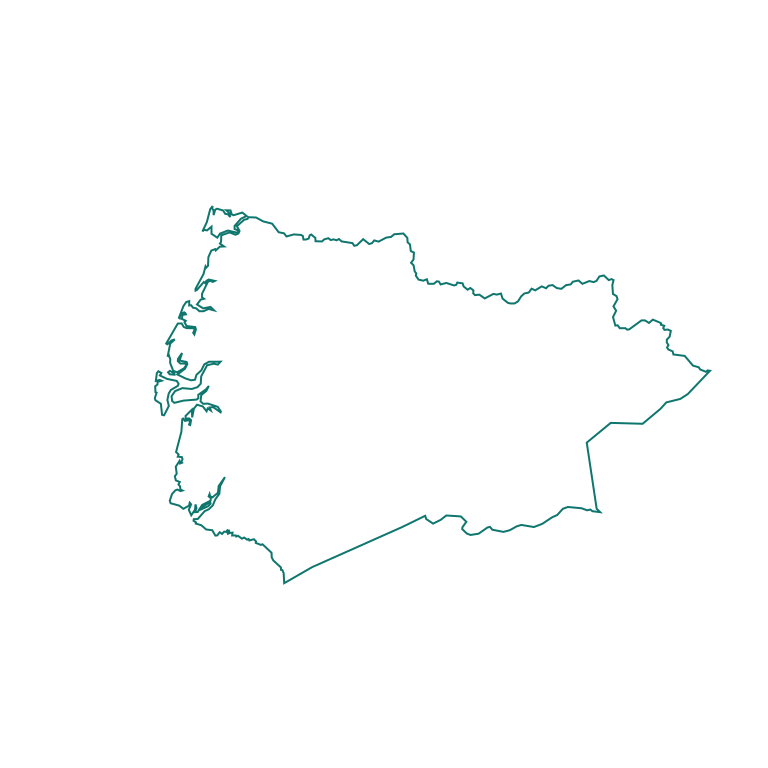 Machanga, Sofala, Mozambique, rotated 222°
{"feature_id": "85939544B66501899539367", "entity_name": "Machanga", "entity_type": "district", "adm_level": 2, "iso_a3": "MOZ", "parent_name": "Mozambique", "parent_adm1": "Sofala", "projection": "equal_earth", "projection_center": [34.711, -20.915], "detail": "fine", "context": "isolated", "style": "outline", "palette": "teal", "viewbox_px": 768, "rotation_deg": 222, "n_neighbors": 0, "source": "geoboundaries", "source_scale": "gbopen_adm2", "svg_char_len": 6170}
<svg xmlns="http://www.w3.org/2000/svg" viewBox="0 0 768 768"><g transform="rotate(222 384 384)"><path d="M324.9,169.2L314.8,200.0L274.9,289.6L265.2,313.6L262.3,311.9L254.1,313.1L251.0,320.9L249.7,328.0L238.3,337.0L230.6,336.7L229.9,330.1L228.8,328.5L222.4,328.3L218.7,329.7L213.5,336.1L211.1,346.6L209.7,348.7L206.0,348.2L196.3,354.0L192.7,359.5L190.1,367.1L187.6,371.2L176.9,378.0L172.8,386.0L169.9,397.4L167.6,402.5L167.6,410.9L165.1,415.6L154.0,423.9L148.6,426.0L146.6,428.8L144.0,428.9L137.6,433.4L142.5,433.6L194.1,476.1L189.5,506.8L165.2,527.5L161.9,550.7L161.9,559.2L153.8,571.2L151.5,579.8L150.6,611.9L152.6,610.6L152.9,608.5L158.6,606.4L161.4,607.0L166.7,604.4L179.3,606.1L188.7,599.6L191.3,601.4L195.8,599.9L198.1,600.5L198.6,603.2L201.6,604.1L203.5,606.2L203.4,610.3L206.4,615.4L209.5,614.4L211.8,611.9L213.9,612.4L214.7,614.8L217.9,613.3L218.6,614.5L220.5,614.1L227.3,611.7L227.9,606.7L232.6,605.9L235.2,603.6L238.3,588.8L239.6,587.1L241.9,587.0L246.2,583.2L249.6,584.0L251.2,582.2L258.6,587.0L260.5,593.8L265.4,595.2L267.2,603.3L270.0,604.9L274.1,604.1L280.5,610.3L282.9,614.8L285.1,614.2L286.5,611.6L293.2,611.8L295.9,608.1L295.1,602.8L296.4,600.0L300.3,597.9L303.6,591.2L308.7,591.1L312.1,586.4L311.9,582.9L314.8,579.4L315.9,573.4L319.8,570.9L324.9,570.3L327.5,567.1L327.6,563.6L332.1,562.1L334.3,554.8L338.1,553.6L337.6,548.9L340.3,545.1L340.7,540.9L339.7,535.1L340.9,531.2L343.7,528.6L346.2,527.2L353.0,526.8L357.6,529.5L359.9,526.0L363.0,524.1L366.4,515.0L372.9,514.2L375.9,510.9L378.4,511.1L380.2,513.4L384.1,513.1L385.0,510.0L390.2,509.8L392.9,511.4L397.4,508.4L396.7,506.0L397.9,504.1L405.3,500.8L408.5,495.9L411.8,496.8L413.5,495.6L414.0,491.8L418.2,488.1L422.2,490.5L424.0,487.0L428.2,484.7L432.8,485.8L434.1,487.8L436.5,488.2L441.4,492.0L445.0,492.2L445.4,496.3L449.7,501.7L453.0,500.7L458.1,505.1L461.3,505.1L464.4,508.2L470.3,508.8L476.6,502.1L477.2,498.0L480.3,494.3L483.3,486.2L487.3,484.2L487.2,480.5L488.7,478.1L496.4,477.7L497.0,468.9L498.6,466.8L501.7,467.6L510.9,461.6L514.5,461.6L515.3,459.2L518.4,457.6L519.9,455.3L522.9,455.1L525.2,451.5L525.5,448.4L530.4,444.3L532.8,446.6L538.1,446.4L538.7,444.8L537.3,441.7L538.7,439.1L540.5,437.5L543.4,439.7L545.5,439.2L551.1,434.8L555.2,428.4L559.1,429.1L563.8,426.3L574.4,428.3L582.6,424.0L590.5,422.1L596.4,417.2L595.9,415.3L597.9,412.3L598.9,402.8L593.8,401.1L592.9,398.4L594.3,395.5L600.2,393.3L604.4,385.6L600.2,380.6L599.9,378.6L594.9,379.2L597.9,376.2L598.4,370.7L599.7,371.3L601.6,367.6L599.4,360.8L593.9,354.1L594.0,351.4L595.3,351.9L591.7,344.9L587.7,328.5L586.5,327.3L586.0,328.6L586.1,339.3L584.3,339.3L585.0,341.8L584.2,344.3L578.7,347.4L579.5,345.4L582.4,344.3L583.2,341.9L579.6,329.3L577.1,326.6L574.8,326.9L576.7,324.0L576.2,318.0L569.0,319.2L564.5,325.2L559.6,325.0L564.6,322.4L566.8,317.4L569.8,314.6L574.3,314.5L577.0,312.9L580.0,313.5L581.3,312.0L584.2,315.3L585.8,312.6L585.2,307.7L580.7,296.0L579.8,296.1L581.3,298.4L581.4,301.6L580.4,303.6L579.0,303.7L577.8,303.2L580.0,300.6L577.9,297.1L573.6,298.3L573.6,296.4L569.5,295.0L562.4,300.0L560.4,298.8L558.1,293.9L560.1,294.4L560.7,297.1L562.5,298.3L568.1,293.4L571.0,292.4L574.9,293.6L577.7,290.9L572.9,268.3L571.5,268.6L571.1,274.0L569.3,277.2L569.9,271.0L563.1,259.5L563.4,261.6L559.3,259.3L557.1,256.6L549.6,252.8L545.6,254.2L543.1,261.9L543.5,265.5L545.0,266.5L549.1,262.9L552.5,263.0L553.9,264.9L554.8,271.9L551.6,264.6L545.5,268.3L543.5,267.2L542.1,262.2L543.9,252.8L534.9,255.4L529.8,257.7L527.3,260.7L529.5,265.3L528.9,272.0L530.7,278.4L528.9,283.5L520.4,291.2L520.5,287.2L524.0,285.3L528.0,279.6L525.0,267.4L520.4,261.6L520.5,256.8L523.5,251.7L531.1,246.0L534.5,238.9L533.7,232.8L530.1,229.6L527.2,229.7L521.9,237.5L512.7,247.2L512.5,249.2L514.8,251.7L512.7,260.9L512.9,265.4L511.4,260.0L512.4,253.5L508.7,248.3L505.1,248.3L501.8,251.6L492.2,255.8L486.8,254.4L486.5,253.6L495.5,252.5L497.9,249.9L494.9,248.4L498.7,247.9L497.6,245.0L503.6,246.1L509.1,243.5L508.8,238.5L504.2,230.8L509.6,236.4L510.1,227.5L508.2,225.5L505.8,228.0L503.2,228.1L500.6,223.8L501.7,223.4L502.7,225.9L504.7,226.8L507.2,223.4L510.2,223.9L510.4,222.9L502.6,212.9L493.0,194.3L489.5,194.2L488.6,192.0L485.3,194.4L483.4,193.3L482.4,190.5L481.4,190.4L482.3,188.5L484.5,190.0L483.4,183.2L478.0,178.6L477.7,175.5L474.2,173.1L470.2,174.5L469.5,171.8L467.2,171.5L464.7,169.4L462.5,170.0L463.5,168.3L466.9,167.3L467.9,165.4L467.9,160.4L465.1,153.9L462.8,152.6L454.8,156.6L449.6,157.0L447.5,163.1L448.9,165.8L446.8,165.5L444.9,159.9L439.4,157.5L440.4,164.2L443.5,168.4L440.3,166.3L438.6,162.4L436.8,164.2L438.2,172.4L434.8,181.3L436.4,183.4L439.1,183.1L440.0,185.5L438.2,184.3L435.7,184.9L434.6,192.0L438.6,197.6L439.9,208.4L437.4,198.3L432.9,192.2L432.2,185.5L430.0,179.2L430.4,173.7L432.2,169.5L432.1,159.0L434.9,156.3L434.0,154.9L431.2,155.4L430.5,154.3L425.3,156.8L418.8,156.9L413.8,160.4L407.9,158.5L406.6,159.9L406.9,163.9L404.0,164.2L404.0,167.3L402.4,168.5L402.5,170.7L401.5,170.9L401.4,169.1L399.8,168.2L399.3,169.3L400.5,169.4L400.5,170.9L399.1,169.9L397.1,172.2L395.5,169.8L392.8,172.3L391.7,171.8L390.9,173.5L386.1,174.0L385.2,176.3L381.6,176.7L380.9,178.2L379.4,177.6L376.8,181.6L373.8,181.4L373.0,180.1L367.8,182.1L367.0,183.6L354.6,183.3L351.4,180.0L348.2,178.8L337.9,178.7L336.2,177.0L335.1,177.7L332.0,176.3L324.9,169.2ZM624.0,385.8L621.0,375.9L620.8,378.3L618.3,379.7L617.5,385.5L612.7,380.2L605.8,381.2L606.5,386.1L602.7,393.6L594.3,398.2L594.7,400.7L598.7,399.2L600.8,401.4L600.9,411.1L598.5,416.9L604.0,416.6L608.7,408.8L610.6,408.1L614.2,410.3L617.4,407.6L613.2,407.5L610.0,405.1L613.6,405.7L615.8,404.2L619.6,405.3L625.3,402.6L626.1,400.6L623.6,395.5L626.7,398.8L629.3,399.6L630.4,401.6L630.1,397.6L624.0,385.8ZM536.6,220.0L528.3,212.6L526.5,213.6L529.2,223.7L534.3,227.2L537.6,232.8L538.4,237.0L536.0,244.6L536.7,246.7L540.1,247.6L548.7,242.6L556.3,240.4L556.8,243.2L560.2,242.5L560.1,240.1L555.6,233.6L553.5,236.9L551.5,237.6L553.7,234.1L552.0,232.0L552.5,229.2L548.4,225.0L547.2,225.4L544.8,220.1L543.0,219.0L536.6,220.0ZM434.2,179.9L436.8,171.1L435.9,168.7L432.9,175.6L432.8,179.0L434.2,179.9ZM546.8,251.6L551.9,250.5L552.3,248.2L549.8,247.8L545.9,250.7L546.8,251.6Z" fill="none" stroke="#0f766e" stroke-width="2"/></g></svg>